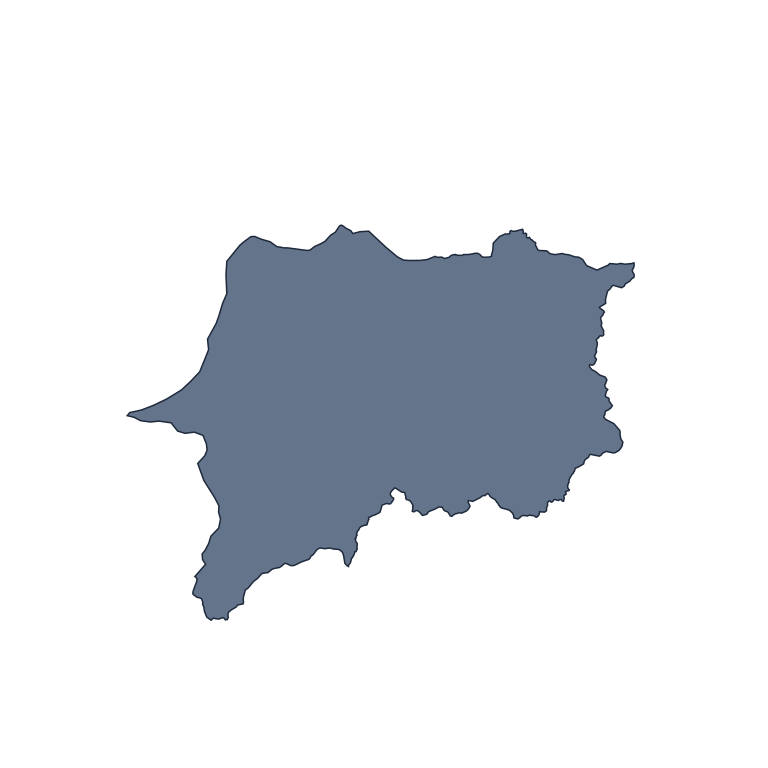 outline of Kuan, Houaphan, Laos, rotated 327°
{"feature_id": "54806243B93999085545465", "entity_name": "Kuan", "entity_type": "district", "adm_level": 2, "iso_a3": "LAO", "parent_name": "Laos", "parent_adm1": "Houaphan", "projection": "robinson", "projection_center": [104.43, 19.795], "detail": "fine", "context": "isolated", "style": "filled", "palette": "slate", "viewbox_px": 768, "rotation_deg": 327, "n_neighbors": 0, "source": "geoboundaries", "source_scale": "gbopen_adm2", "svg_char_len": 6171}
<svg xmlns="http://www.w3.org/2000/svg" viewBox="0 0 768 768"><g transform="rotate(327 384 384)"><path d="M659.6,418.5L657.1,417.8L651.3,414.7L648.0,411.7L644.6,410.4L639.1,406.0L636.6,406.4L624.6,404.4L618.4,395.0L618.4,387.7L616.3,383.6L613.5,381.5L609.3,376.2L606.4,373.8L604.5,371.6L598.2,368.8L597.1,367.9L594.2,365.1L593.3,361.7L592.7,360.7L587.5,357.0L586.3,355.7L586.1,355.1L586.7,349.8L587.7,348.9L588.1,347.9L587.0,345.9L586.7,343.9L585.8,342.9L585.8,340.1L584.4,340.0L583.5,339.0L583.7,338.1L585.3,335.8L584.8,334.6L583.0,333.9L582.8,333.4L584.1,331.5L584.5,329.7L577.2,327.3L575.1,326.0L574.1,324.5L572.7,324.6L571.9,325.9L571.0,326.4L567.0,324.1L561.2,323.2L552.3,325.4L548.3,330.9L544.7,334.1L543.9,335.3L541.7,335.0L537.4,332.5L535.5,330.8L535.0,327.8L533.8,325.5L532.2,324.3L525.7,321.6L520.9,318.6L519.7,318.8L515.6,315.9L514.3,314.1L513.6,314.3L512.8,313.4L510.3,312.7L507.9,313.2L503.2,311.8L501.4,308.9L497.7,306.8L496.4,304.8L487.9,303.1L481.6,300.0L472.6,294.3L467.8,290.7L464.4,284.5L460.1,270.4L454.4,247.5L446.8,243.2L439.7,240.8L439.7,237.4L436.9,232.6L435.9,229.6L434.7,227.5L432.9,227.2L425.8,230.2L420.4,230.1L412.2,232.2L407.9,232.0L400.7,230.9L394.8,231.4L392.1,230.0L377.5,217.5L373.9,215.1L371.9,213.0L369.1,210.7L365.9,202.6L360.0,195.8L355.9,189.8L352.6,187.9L344.6,188.4L338.8,189.1L319.0,195.5L310.9,206.4L301.4,222.6L292.8,228.3L282.3,237.2L276.1,241.9L260.4,250.3L255.6,259.7L236.1,273.4L223.2,276.5L210.8,278.7L193.1,278.2L178.3,276.2L166.4,273.7L155.2,269.5L151.4,270.7L156.2,275.7L159.9,282.2L167.3,288.6L175.1,292.6L184.3,300.6L185.3,311.1L190.4,317.1L198.6,321.0L204.2,328.5L202.4,337.6L199.6,343.1L194.6,346.6L184.5,349.2L180.4,366.7L180.1,387.2L179.2,396.3L175.5,401.3L173.3,408.3L166.9,414.8L155.9,417.4L149.9,422.4L143.5,426.0L138.9,427.5L136.2,432.5L136.2,438.0L120.5,442.5L121.1,443.8L121.0,445.7L119.5,447.5L111.4,453.5L109.8,455.2L109.3,456.6L111.1,461.2L113.1,463.1L114.0,464.8L113.2,468.3L112.0,469.7L111.4,473.0L109.6,476.9L108.4,483.0L110.4,488.0L112.9,487.3L117.3,491.1L121.5,492.1L122.2,493.1L122.5,495.4L124.2,496.2L126.0,495.2L127.9,491.8L129.4,490.7L133.0,490.3L138.5,490.5L141.1,489.7L146.1,491.7L147.3,490.6L148.3,488.5L150.0,486.2L155.4,481.3L158.9,481.1L167.2,478.5L172.2,478.2L177.7,476.6L179.4,476.8L184.0,479.0L188.9,478.4L191.1,478.8L196.3,480.9L198.3,481.0L202.7,480.3L204.4,481.4L206.6,485.1L208.5,486.7L210.7,487.4L218.1,488.3L225.4,490.1L226.7,490.0L229.0,488.6L231.3,488.6L237.5,486.4L239.9,486.4L241.8,487.2L244.5,489.8L249.5,492.2L251.4,494.6L255.8,498.0L256.5,499.2L257.3,501.5L257.4,503.3L256.3,506.8L253.5,513.1L254.1,516.5L254.8,517.7L255.5,516.8L258.6,515.6L261.8,512.5L263.0,512.5L263.6,511.8L265.2,511.4L266.1,510.4L267.4,509.7L268.2,508.8L269.4,509.3L270.5,508.2L271.6,508.0L272.8,505.4L273.9,504.5L274.8,502.8L274.4,501.7L275.3,499.2L275.4,498.1L276.7,498.0L277.5,496.6L278.8,496.4L279.1,496.0L279.0,495.0L280.3,494.2L280.9,493.2L283.7,492.5L284.2,491.8L285.5,491.3L287.0,491.1L290.1,491.7L292.8,492.8L293.2,492.3L293.7,492.3L294.1,491.6L294.7,491.5L296.6,489.7L297.6,489.4L298.1,487.9L298.9,487.5L300.2,488.1L302.3,488.0L303.8,488.6L309.5,489.4L311.1,489.2L316.1,484.8L316.8,484.6L320.9,485.5L323.3,487.7L324.3,487.9L325.9,487.5L329.0,486.1L329.9,485.1L328.9,482.8L329.1,480.2L329.6,479.2L332.1,477.9L336.5,477.0L337.6,478.8L340.0,484.4L342.3,486.2L341.3,488.9L341.1,490.2L340.1,491.3L339.9,492.4L339.9,493.1L341.7,495.2L342.4,497.0L342.2,500.9L341.9,502.3L341.1,502.6L340.5,504.1L338.4,506.0L338.4,506.4L339.9,507.7L341.4,507.4L343.1,508.4L344.2,511.3L344.4,514.3L345.0,515.4L348.9,516.5L349.7,516.4L351.1,515.5L352.6,515.5L358.3,516.6L363.0,517.0L365.7,519.1L365.5,522.3L365.9,523.5L367.5,525.6L367.9,526.8L367.7,530.6L368.5,531.7L369.2,532.0L370.4,531.6L373.5,531.8L374.9,532.5L376.5,532.7L378.8,534.6L383.7,535.4L386.1,535.0L388.8,533.9L389.7,533.1L390.2,529.1L390.7,527.9L391.2,527.7L394.6,530.8L402.8,531.7L406.0,531.4L408.1,532.7L409.6,532.3L411.4,532.4L411.9,534.1L411.8,536.3L412.9,539.1L414.2,541.4L414.2,544.9L414.6,545.6L414.3,547.8L414.5,550.7L414.9,551.7L416.7,553.9L419.0,556.2L419.2,556.9L420.3,557.7L421.5,562.4L421.1,564.7L420.2,566.6L420.2,567.3L422.8,570.1L425.3,570.1L427.3,569.5L429.0,570.0L429.8,570.8L430.6,570.9L432.2,572.8L434.4,573.1L438.2,576.4L438.8,578.3L439.3,578.8L441.9,578.5L443.6,577.4L444.9,575.9L448.9,578.9L450.7,578.9L451.6,578.4L452.9,576.3L455.2,574.8L456.2,572.9L456.8,572.4L459.0,572.0L459.5,572.4L459.6,573.6L460.1,574.3L461.2,574.5L463.5,573.7L464.3,573.8L466.6,576.6L468.9,576.8L469.6,577.4L469.9,579.3L470.4,580.0L470.8,580.1L473.2,577.6L473.3,576.6L474.0,575.7L474.7,575.4L475.9,575.7L476.9,575.5L477.5,573.3L478.3,573.2L481.1,574.1L481.7,573.9L481.5,572.1L482.1,569.7L483.2,569.1L483.6,568.3L485.7,567.1L486.8,565.4L489.2,563.8L493.0,562.0L494.3,561.9L495.1,561.2L496.6,560.6L497.8,559.3L498.7,558.9L502.3,559.5L507.9,559.7L509.6,558.1L511.6,556.9L515.6,556.8L517.6,555.5L518.4,555.4L519.1,555.7L525.3,561.8L527.1,561.9L529.6,561.1L533.6,561.5L538.8,566.8L540.6,567.5L544.7,567.7L547.2,567.0L550.2,565.4L552.7,562.8L552.7,559.2L554.7,554.3L555.8,553.1L556.4,551.2L555.2,542.4L551.0,535.1L550.4,533.5L550.4,531.2L550.7,530.8L552.4,530.1L554.3,528.0L555.4,527.3L557.3,527.9L561.0,527.7L563.7,526.6L563.5,520.9L563.8,520.0L564.6,519.2L564.7,518.1L563.3,516.2L563.3,514.1L566.6,511.3L568.7,510.4L567.7,508.1L568.0,506.2L568.7,504.9L570.1,504.3L573.2,501.9L573.3,498.7L569.7,493.8L568.3,489.1L566.1,484.9L565.8,481.2L566.4,480.4L567.3,479.9L568.8,481.6L570.1,481.9L571.7,481.6L575.4,479.2L575.7,478.5L575.4,476.1L576.1,475.1L579.9,472.7L580.4,471.0L584.4,467.1L585.4,465.4L585.9,462.9L586.5,462.3L589.3,462.1L590.3,461.3L591.7,461.3L592.6,462.4L593.9,462.7L594.7,462.6L595.3,462.1L596.1,460.3L597.2,459.1L597.7,453.7L599.9,451.4L601.2,447.2L602.1,446.3L605.7,445.1L606.4,444.2L608.0,443.8L608.1,442.3L606.4,437.9L606.3,437.3L606.7,436.9L613.8,437.1L615.8,433.7L622.0,427.9L625.1,427.5L628.9,426.0L629.8,426.0L630.7,426.9L635.6,432.6L638.6,432.8L641.1,431.5L646.3,431.6L648.8,430.7L651.7,430.7L652.9,429.3L653.5,427.8L653.5,425.7L654.1,423.8L657.3,422.0L659.2,419.6L659.6,418.5Z" fill="#64748b" stroke="#1e293b" stroke-width="1.5"/></g></svg>